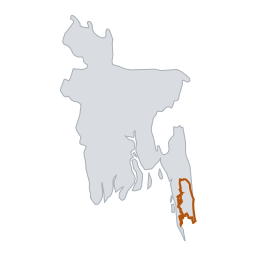 Bandarban, Chittagong, Bangladesh (highlighted)
{"feature_id": "16705992B23463827258150", "entity_name": "Bandarban", "entity_type": "district", "adm_level": 2, "iso_a3": "BGD", "parent_name": "Bangladesh", "parent_adm1": "Chittagong", "projection": "equal_earth", "projection_center": [92.198, 21.77], "detail": "medium", "context": "in_parent", "style": "outline", "palette": "amber", "viewbox_px": 256, "rotation_deg": 0, "n_neighbors": 0, "source": "geoboundaries", "source_scale": "gbopen_adm2", "svg_char_len": 5406}
<svg xmlns="http://www.w3.org/2000/svg" viewBox="0 0 256 256"><path d="M89.4,189.4L89.4,182.3L85.8,168.3L86.0,166.8L85.2,160.0L84.3,156.3L83.9,152.3L86.2,146.6L85.3,145.7L80.2,143.9L79.7,142.5L80.8,136.9L77.2,131.5L75.8,127.6L79.8,114.8L80.9,105.9L80.6,104.2L78.2,102.2L74.1,101.4L71.2,99.8L69.5,97.3L68.0,96.2L66.2,97.0L63.9,96.0L62.0,93.5L60.4,90.5L61.1,87.2L64.2,79.4L65.3,79.1L68.0,80.6L68.9,80.6L70.7,77.5L73.2,68.8L81.6,69.5L83.6,69.2L85.8,68.5L86.9,67.4L87.6,66.0L87.3,64.8L84.8,63.1L83.8,61.9L83.1,58.4L82.4,57.1L77.3,56.9L74.7,55.3L73.2,53.8L70.7,49.0L67.6,45.5L64.5,44.7L63.4,43.5L62.8,41.7L63.2,39.1L64.8,34.0L73.2,23.1L73.5,21.9L73.2,20.5L70.7,18.8L70.6,17.9L71.3,15.6L72.7,15.4L75.5,17.4L78.4,20.8L80.1,23.8L80.2,26.1L82.5,26.6L84.4,27.7L86.3,27.3L87.6,27.9L88.5,27.7L88.8,26.4L87.2,22.9L88.0,21.5L89.9,21.6L91.3,22.9L92.3,25.5L92.4,29.6L94.6,33.3L97.6,35.9L99.9,37.1L102.7,38.0L105.1,37.2L106.3,34.6L105.8,32.3L106.2,30.2L107.1,29.1L108.6,29.1L109.7,30.8L112.9,39.6L112.2,43.6L112.9,54.4L112.0,61.5L112.5,64.2L113.1,64.7L118.0,66.0L125.1,68.9L130.6,69.9L155.3,69.2L160.7,70.6L177.1,69.5L181.6,71.8L186.5,75.5L189.3,78.2L189.8,79.8L189.5,81.2L188.5,81.9L186.9,81.9L183.0,80.1L182.3,80.7L182.3,84.9L179.1,95.7L178.6,99.0L177.6,100.3L174.3,101.0L172.1,107.3L171.2,108.1L169.1,106.7L167.7,106.9L166.1,107.5L164.4,109.0L163.2,110.8L161.9,111.4L157.3,111.3L156.4,114.2L153.4,118.0L151.3,128.1L151.4,131.2L153.9,139.3L155.7,149.8L156.4,150.9L157.3,151.0L157.3,146.2L158.2,145.6L159.2,146.1L161.4,152.6L162.6,154.2L164.6,154.7L166.8,153.7L168.4,151.8L169.1,149.8L168.5,142.7L169.6,139.8L173.3,135.5L173.9,134.2L173.6,127.1L175.1,126.9L177.0,127.5L179.4,125.8L180.1,125.7L181.1,127.5L182.8,127.2L185.4,141.3L185.6,151.2L186.2,156.7L187.1,157.9L190.0,166.2L192.7,195.4L193.0,214.0L194.1,220.3L193.2,221.7L192.3,222.0L191.4,219.8L185.3,215.1L183.8,215.6L181.7,218.3L180.9,220.8L181.3,224.4L181.9,227.9L183.4,230.0L183.5,232.2L185.1,240.6L184.7,240.6L181.3,233.0L177.3,225.5L176.0,212.1L175.9,205.4L173.1,197.7L170.5,184.1L171.7,179.3L169.7,181.4L166.7,173.3L161.9,165.3L160.5,161.8L160.5,158.4L158.4,161.8L155.6,164.3L152.8,167.9L150.9,169.0L144.9,169.7L141.4,164.8L136.5,152.9L135.8,150.2L136.5,143.2L135.4,136.6L135.1,130.8L134.2,131.3L133.8,132.9L134.0,135.4L133.6,137.4L125.3,136.1L128.8,139.6L132.7,140.4L134.6,143.5L134.7,148.7L130.9,151.8L131.3,154.4L133.4,157.6L130.8,158.5L130.1,160.6L130.0,163.6L131.8,168.2L131.5,170.0L134.6,176.0L135.2,178.9L134.4,182.9L127.6,191.2L125.5,197.0L123.8,199.8L121.7,200.3L119.2,197.5L119.2,194.6L119.7,192.4L123.3,186.9L121.4,187.7L115.8,192.2L114.8,188.5L114.1,185.1L114.1,181.0L116.8,174.8L113.8,177.9L112.9,181.7L113.2,186.3L112.8,189.5L111.6,193.7L110.0,196.2L107.4,197.9L106.2,200.4L104.5,202.2L103.9,193.7L102.1,182.3L101.7,184.7L102.6,191.8L102.5,196.4L101.1,200.1L98.2,204.0L96.0,204.6L94.7,204.0L90.6,198.1L90.3,192.5L89.4,189.4ZM139.9,189.6L134.8,190.9L132.2,190.5L137.1,180.2L136.9,175.6L136.2,171.9L133.8,168.9L133.6,166.7L132.5,163.8L132.0,160.3L134.7,159.2L136.9,161.2L137.7,165.1L138.8,168.0L142.6,174.1L142.5,177.8L141.4,186.8L139.9,189.6ZM150.8,186.2L147.7,188.9L148.8,172.7L151.1,178.7L151.6,182.0L150.8,186.2ZM162.7,178.1L161.3,179.2L160.1,178.2L158.5,174.4L159.3,169.6L159.8,168.9L161.7,173.8L162.7,178.1ZM174.1,212.4L172.4,212.6L171.5,211.4L171.9,209.8L171.5,204.5L173.7,204.0L174.5,208.4L174.1,212.4ZM172.2,197.6L170.9,202.9L170.4,200.5L171.3,195.9L172.2,197.6ZM136.1,155.4L136.6,157.0L133.7,154.9L133.0,153.3L134.3,152.5L136.1,155.4Z" fill="#d9dde1" stroke="#a8b0b8" stroke-width="1"/><path d="M193.6,198.9L192.8,197.7L191.0,192.1L190.2,188.6L189.8,184.4L189.1,183.0L186.2,179.7L183.9,179.1L183.4,179.6L181.7,180.1L181.4,180.0L181.4,179.6L181.2,179.5L179.9,179.4L179.9,180.0L180.1,180.0L180.2,180.4L179.7,181.9L179.8,182.9L179.7,183.9L180.0,184.4L179.9,185.0L180.5,185.9L180.2,186.6L180.6,187.6L180.3,188.0L180.7,188.6L179.8,189.5L180.4,189.8L180.2,190.3L180.8,190.6L180.4,191.4L180.8,192.1L181.3,192.1L181.6,192.3L181.5,192.8L182.0,192.9L181.6,193.1L181.5,193.5L181.9,194.1L180.9,195.3L180.3,195.2L180.7,196.6L179.4,196.9L178.9,196.3L179.1,195.6L178.5,196.1L177.9,196.1L177.4,196.9L178.0,197.4L178.3,199.3L177.9,199.9L178.0,200.5L178.7,200.6L178.8,201.2L179.5,200.9L180.0,201.8L180.5,201.9L180.8,201.3L181.2,201.9L180.9,200.1L180.5,199.3L180.9,199.0L180.9,199.6L181.1,200.2L181.4,199.9L181.6,200.3L181.9,201.5L181.3,201.5L181.2,201.9L180.8,201.3L180.8,201.6L180.3,202.1L180.3,203.5L179.0,203.2L179.2,203.6L178.8,203.6L179.1,204.1L178.8,204.1L179.0,204.6L178.3,205.3L178.9,206.2L178.6,206.5L179.0,206.8L178.5,207.1L179.8,208.1L180.0,208.9L180.4,208.6L180.7,208.8L180.6,209.2L181.0,210.0L180.3,211.1L180.6,212.2L180.8,212.4L181.0,212.2L181.1,212.7L181.1,212.3L181.5,212.2L181.6,212.6L182.0,212.6L182.1,213.4L182.7,213.8L182.7,214.6L182.4,214.8L182.8,216.6L182.1,216.6L181.5,217.0L181.1,215.6L180.4,215.4L179.8,216.6L179.3,216.6L180.1,219.7L180.6,220.6L180.9,221.7L181.3,221.9L180.5,223.7L180.7,225.1L182.0,223.3L181.8,222.6L182.1,222.2L181.4,219.8L181.8,219.0L183.2,218.1L183.1,217.1L183.5,216.6L183.5,215.5L184.2,215.4L184.3,215.8L185.3,215.9L185.2,215.4L185.5,215.2L185.7,214.0L186.8,213.5L188.2,215.7L188.5,218.0L190.3,218.2L190.6,218.1L190.5,217.5L192.0,217.3L193.1,222.8L193.9,222.5L194.1,221.8L195.6,221.1L194.7,218.3L193.5,209.4L193.2,204.7L193.5,200.3L193.8,199.9L193.6,198.9Z" fill="none" stroke="#b45309" stroke-width="2"/></svg>